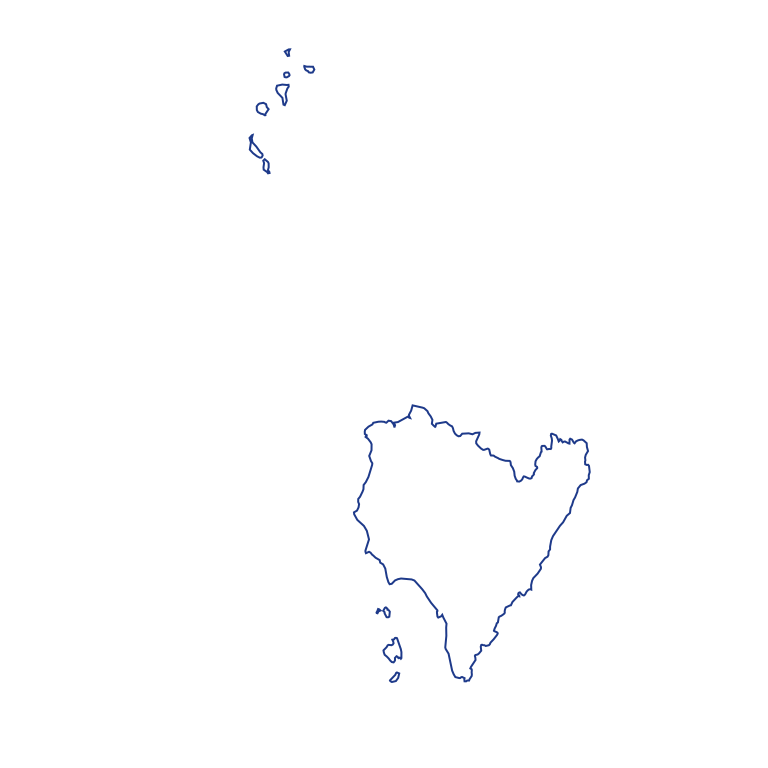 an SVG outline of Spain, rotated 113°
{"feature_id": "ESP", "entity_name": "Spain", "entity_type": "country or territory", "adm_level": 0, "iso_a3": "ESP", "parent_name": "Europe", "parent_adm1": "", "projection": "orthographic", "projection_center": [-5.186, 35.705], "detail": "fine", "context": "isolated", "style": "outline", "palette": "blue", "viewbox_px": 768, "rotation_deg": 113, "n_neighbors": 0, "source": "natural_earth", "source_scale": "50m", "svg_char_len": 6177}
<svg xmlns="http://www.w3.org/2000/svg" viewBox="0 0 768 768"><g transform="rotate(113 384 384)"><path d="M515.7,168.1L515.7,169.1L516.6,170.4L517.5,170.9L519.3,171.6L522.7,171.9L524.0,172.6L524.1,173.9L523.8,175.3L522.7,177.5L523.2,178.1L523.9,178.5L525.1,178.4L526.1,176.7L526.5,176.5L526.5,177.1L526.9,177.7L529.3,178.7L534.5,180.6L538.1,180.7L538.7,181.6L542.1,184.6L544.4,184.5L546.1,184.1L547.3,183.5L548.2,183.5L550.2,184.6L551.7,185.6L553.0,186.8L553.9,187.2L559.0,186.0L560.2,186.7L562.8,186.4L565.8,186.6L568.2,186.4L568.4,186.0L568.4,183.1L568.8,182.1L569.3,181.8L570.8,181.9L576.1,183.3L580.4,184.9L582.3,184.9L583.5,185.4L585.4,188.0L585.2,189.4L585.7,190.8L585.7,191.9L586.2,192.5L588.0,192.3L591.5,190.3L594.9,191.3L596.4,192.1L597.8,194.0L598.8,194.1L600.2,193.0L602.3,191.9L610.3,193.4L612.1,193.4L612.3,191.9L613.0,191.4L615.3,190.6L616.9,189.7L618.5,189.2L622.5,189.9L623.7,189.8L624.5,191.6L625.6,192.2L626.2,193.7L624.4,194.7L623.3,194.9L623.2,197.7L623.8,198.4L624.9,199.0L625.3,199.8L625.9,203.8L624.0,206.4L621.2,209.3L607.0,219.2L603.8,223.7L602.5,224.7L591.5,228.2L583.9,231.6L580.2,232.8L575.8,238.1L573.7,240.2L575.5,240.6L577.8,242.8L577.2,243.9L574.2,245.7L572.9,246.3L572.2,246.1L571.5,246.4L567.0,255.2L562.8,261.6L560.4,264.4L558.0,268.6L553.0,279.2L553.1,282.2L556.4,292.3L558.2,294.9L560.5,297.1L564.9,298.8L566.1,300.6L564.7,302.5L560.6,306.0L553.4,310.7L550.4,314.3L549.9,317.7L547.8,319.2L547.2,323.9L546.0,327.1L545.8,328.1L544.5,330.5L544.3,332.2L546.8,334.5L545.7,335.5L544.5,336.0L532.9,337.1L525.9,342.4L522.5,347.0L519.5,355.5L515.6,360.5L513.9,361.5L511.1,359.4L507.6,359.2L504.3,360.0L502.6,361.7L499.9,362.8L497.2,362.0L491.5,361.7L488.9,361.8L484.9,363.3L481.5,362.4L475.7,362.0L463.1,363.3L461.5,363.8L460.0,365.9L456.0,369.5L449.9,369.6L444.3,371.9L442.9,373.4L440.6,377.4L439.9,380.3L439.4,380.3L438.8,379.6L437.9,379.9L437.5,382.1L435.4,383.1L433.6,383.5L429.3,381.6L425.8,378.9L423.9,378.7L420.9,374.4L419.6,371.7L418.7,368.8L418.9,367.7L418.7,366.7L416.0,365.5L415.4,362.9L417.4,359.4L419.0,358.0L420.0,357.5L417.6,357.7L415.8,359.9L413.6,356.3L404.6,349.2L405.2,347.6L405.1,346.7L403.6,348.5L402.5,349.0L397.9,348.6L392.5,349.3L390.7,339.3L390.6,337.5L392.0,333.4L393.6,331.7L395.6,328.3L398.1,325.4L401.9,324.4L402.9,322.1L403.5,320.2L403.1,320.0L400.1,320.4L394.8,312.2L395.0,310.9L395.8,309.1L396.3,306.7L396.4,304.8L397.8,303.2L400.0,301.6L401.9,299.3L402.8,297.0L403.0,295.0L402.1,293.5L399.2,292.6L396.3,286.7L395.7,282.9L393.3,280.8L391.4,277.1L393.2,276.6L400.7,276.8L402.6,275.9L404.0,273.4L405.5,269.4L405.9,267.0L405.4,266.0L403.0,263.4L402.9,262.7L403.3,261.5L406.9,258.9L408.0,257.7L407.7,256.7L407.2,255.7L407.1,254.8L407.5,253.6L407.7,249.7L407.9,248.7L407.6,245.1L407.2,242.2L405.7,238.3L406.0,237.5L406.8,236.8L409.1,235.5L411.1,232.5L413.8,229.9L417.4,227.9L419.9,225.6L420.9,223.9L421.6,223.4L421.0,221.4L419.6,220.2L417.8,219.5L415.8,219.5L414.5,219.3L414.2,218.3L414.3,215.9L414.3,213.4L413.9,212.3L413.0,211.4L411.1,211.6L409.6,210.9L408.3,210.7L407.6,211.3L404.1,211.0L401.6,210.1L400.9,210.4L400.5,210.8L400.2,212.6L398.9,213.4L395.9,214.3L393.5,214.1L391.4,213.4L389.7,212.5L385.3,212.9L384.7,212.5L380.9,214.4L379.7,214.5L379.2,214.2L378.2,212.0L378.5,211.1L380.4,208.5L380.2,207.9L379.5,207.0L378.9,205.8L378.7,205.1L377.5,205.0L376.3,205.6L370.5,207.2L368.4,208.4L366.3,210.3L364.6,210.6L364.1,210.0L364.1,205.4L366.7,202.5L368.6,200.7L367.7,200.3L365.9,200.3L366.1,198.9L367.0,198.2L367.9,196.7L366.9,196.0L366.2,195.0L366.4,192.3L366.6,191.2L366.4,190.0L362.6,191.5L361.6,191.2L361.7,189.2L363.9,186.3L364.1,185.4L361.7,184.8L360.0,183.3L358.9,181.9L357.8,180.0L357.9,178.3L359.3,174.3L362.7,172.6L366.0,170.0L370.3,170.6L373.1,170.2L375.6,168.8L377.0,168.6L379.3,167.4L379.3,165.7L378.6,164.5L379.3,163.3L384.7,160.2L387.9,159.9L391.2,158.4L393.3,159.5L395.3,159.2L397.4,160.5L400.2,163.5L404.4,164.7L407.8,163.9L413.8,163.8L416.8,164.2L422.1,163.6L425.1,163.8L430.1,162.4L433.9,164.3L441.3,165.1L445.7,166.6L458.0,169.0L462.4,169.0L468.7,167.6L471.4,166.5L473.8,167.1L477.4,165.8L479.1,166.0L481.3,167.7L489.3,169.9L491.3,167.9L492.8,167.4L498.5,168.5L504.3,170.7L507.3,170.8L511.6,170.0L515.7,168.1ZM629.7,266.1L631.9,266.9L634.0,265.9L635.2,266.0L636.5,266.4L636.9,268.2L636.1,270.3L634.8,272.5L633.8,274.9L633.0,277.6L631.1,279.3L629.4,280.4L625.3,278.8L623.1,278.5L622.3,277.8L621.5,275.0L620.4,274.1L618.9,273.9L617.7,274.7L616.1,276.4L615.1,274.9L613.6,274.7L613.0,273.9L612.9,272.7L621.5,264.9L624.0,263.2L629.5,260.9L630.3,261.1L629.7,262.2L629.8,262.7L630.6,263.2L630.5,264.0L629.8,264.8L629.7,266.1ZM160.3,589.3L157.6,595.6L155.4,598.0L154.1,598.7L151.2,599.0L148.1,594.6L146.7,590.2L145.9,588.8L147.5,587.9L149.8,588.4L154.8,588.1L155.8,587.8L161.2,584.2L166.1,584.3L166.1,585.7L160.3,589.3ZM213.7,600.9L210.1,603.9L206.7,602.8L206.1,602.2L209.6,601.7L213.0,599.5L215.4,594.2L219.0,588.4L219.8,585.9L221.1,585.0L222.8,585.1L223.5,585.4L224.2,586.8L224.0,589.8L222.7,594.8L220.7,599.1L213.7,600.9ZM183.2,598.6L182.9,600.8L183.3,603.1L182.9,606.4L181.5,608.1L178.2,609.6L175.8,609.0L174.5,608.2L172.3,604.9L172.5,601.9L174.9,600.1L176.1,597.6L181.9,598.7L182.9,598.2L183.2,598.6ZM227.5,580.7L225.6,582.4L223.7,581.6L225.0,577.5L226.0,576.4L229.6,574.8L232.5,574.4L233.5,572.5L234.5,571.8L235.4,573.1L234.6,574.3L233.7,578.5L231.6,579.6L227.5,580.7ZM654.9,262.3L654.5,262.7L647.4,260.0L645.1,259.9L644.5,259.4L644.5,256.9L649.0,256.1L652.8,257.0L655.1,260.1L655.3,260.7L654.9,262.3ZM123.1,581.4L122.4,581.6L122.1,579.2L119.7,573.3L121.8,571.0L125.1,571.4L126.2,573.3L126.5,575.1L125.7,576.1L125.7,578.2L125.2,579.5L123.1,581.4ZM593.8,294.3L593.1,296.1L589.7,295.7L588.9,295.0L589.5,293.0L590.4,292.7L590.4,291.2L591.3,289.7L596.1,288.2L597.2,289.1L597.6,290.5L594.9,293.8L593.8,294.3ZM138.0,597.0L136.9,597.1L135.8,596.3L134.7,593.8L135.7,592.3L136.6,591.6L137.7,591.8L139.7,593.3L140.2,594.7L140.2,595.5L138.0,597.0ZM119.7,600.8L116.7,605.2L113.9,603.0L113.2,602.4L112.7,601.3L115.6,601.5L118.9,599.6L119.7,600.8ZM597.7,301.2L597.2,301.6L595.7,301.4L593.4,301.5L593.3,300.4L593.9,298.7L595.4,300.2L597.6,300.4L597.7,301.2Z" fill="none" stroke="#1e3a8a" stroke-width="2"/></g></svg>